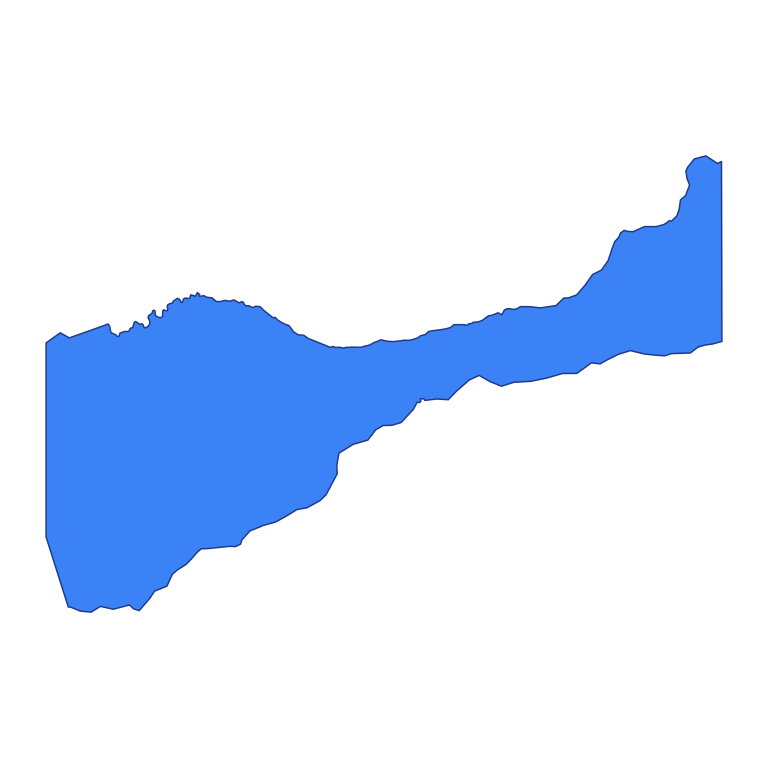 outline of Amador, California, United States of America
{"feature_id": "52423323B77111199665921", "entity_name": "Amador", "entity_type": "district", "adm_level": 2, "iso_a3": "USA", "parent_name": "United States of America", "parent_adm1": "California", "projection": "equal_earth", "projection_center": [-120.611, 38.464], "detail": "fine", "context": "isolated", "style": "filled", "palette": "blue", "viewbox_px": 768, "rotation_deg": 0, "n_neighbors": 0, "source": "geoboundaries", "source_scale": "gbopen_adm2", "svg_char_len": 3652}
<svg xmlns="http://www.w3.org/2000/svg" viewBox="0 0 768 768"><path d="M721.5,161.7L721.0,161.7L717.5,163.5L705.9,155.9L694.4,158.9L687.8,167.0L685.9,171.1L687.0,178.4L689.6,185.1L686.7,192.5L685.8,195.3L680.5,199.9L679.2,209.2L676.9,215.9L671.4,221.2L669.3,220.7L667.2,222.4L663.8,224.6L656.0,226.6L644.5,226.6L633.0,231.7L627.7,231.4L624.2,230.4L620.5,233.0L618.9,237.1L614.8,241.6L612.2,248.3L608.1,260.7L601.5,270.0L592.6,274.5L584.9,285.4L576.7,294.9L568.5,297.9L563.7,298.1L556.1,305.6L540.2,307.9L530.1,306.7L520.5,306.6L516.8,308.8L513.5,309.4L509.6,308.7L506.6,308.9L504.3,310.1L502.6,313.4L501.5,314.7L499.7,313.6L498.1,312.8L495.4,313.9L491.5,315.4L488.5,315.8L485.2,318.2L482.3,320.4L478.9,321.7L476.2,322.1L473.4,322.3L471.1,323.7L469.1,323.6L467.3,325.3L463.5,324.6L453.9,324.7L450.5,327.5L445.7,328.9L441.3,329.6L437.1,330.2L433.0,330.6L428.5,331.6L425.4,334.5L420.4,335.8L417.9,337.8L413.6,339.2L409.8,340.2L406.6,340.3L403.1,340.3L400.2,340.9L397.2,341.2L393.4,341.6L388.4,341.4L384.9,340.7L381.0,339.8L377.5,341.3L374.0,342.6L369.8,344.9L367.1,345.7L364.7,346.1L361.8,347.2L358.3,347.2L355.8,347.2L352.9,347.1L349.7,347.3L345.6,347.4L343.6,348.2L341.5,347.7L339.1,347.2L335.8,347.5L333.0,346.5L330.2,347.3L324.7,345.1L316.6,341.8L308.5,338.6L303.8,335.3L298.1,334.8L293.7,331.9L289.1,325.7L284.6,324.0L281.4,322.4L277.3,319.7L275.1,317.4L273.0,317.8L268.6,314.2L264.4,310.9L260.0,306.6L255.1,306.3L253.5,307.5L251.1,307.0L248.8,305.7L245.8,305.8L243.6,303.6L243.8,302.7L241.9,301.6L239.4,302.9L233.8,299.9L229.8,301.2L224.8,300.4L220.3,301.5L216.7,301.7L212.0,297.9L209.0,297.5L206.6,297.2L203.9,295.7L199.4,296.3L198.8,294.1L199.2,294.0L197.3,292.7L195.4,296.3L191.9,295.0L190.6,295.0L190.2,296.5L190.1,297.6L188.8,298.6L185.2,298.0L183.4,299.1L183.0,301.2L182.2,302.4L180.6,301.8L180.4,300.4L179.1,299.1L177.6,298.4L176.0,299.2L174.8,300.1L173.3,301.1L172.4,303.2L170.2,303.5L168.6,304.3L167.5,305.3L167.2,307.3L167.8,308.8L167.4,310.5L165.3,310.6L163.9,309.8L162.8,310.9L162.7,311.7L162.6,314.8L162.6,316.4L160.8,317.7L158.4,317.3L156.3,316.2L154.9,314.2L155.3,313.1L154.9,310.8L154.0,310.2L152.7,310.9L152.2,313.1L150.0,314.8L148.4,315.9L148.2,318.2L149.4,320.1L150.0,322.8L149.3,324.5L147.9,326.5L145.8,327.7L144.5,327.7L143.6,326.5L143.4,325.2L142.0,323.8L141.0,324.0L139.7,324.2L136.7,322.1L135.4,321.6L134.2,322.4L133.8,323.9L132.8,327.5L130.3,328.3L129.0,331.0L127.7,331.6L125.6,331.4L124.0,331.7L121.9,332.4L119.9,333.2L119.3,335.6L118.5,336.4L116.6,336.1L115.9,334.9L112.8,333.4L111.2,332.9L110.7,331.4L110.5,330.5L109.9,327.8L109.6,326.1L108.2,324.2L106.4,324.4L105.6,325.0L69.3,337.9L60.3,332.8L46.1,342.9L46.1,537.0L68.3,607.0L70.6,607.1L80.3,611.1L91.1,612.1L100.4,606.4L113.3,609.2L129.4,605.0L133.4,608.7L139.2,610.6L143.8,605.3L149.6,598.6L154.5,591.2L166.9,586.1L172.4,574.2L177.4,569.9L185.8,564.6L191.9,558.4L196.8,552.7L201.1,548.8L205.9,548.7L217.4,547.6L230.1,546.3L235.5,546.6L240.5,544.1L242.1,539.6L250.0,530.9L263.4,525.4L275.7,522.0L289.5,514.2L296.8,509.6L306.9,507.8L320.2,500.5L326.1,494.7L332.0,483.6L337.2,473.8L336.8,465.3L338.9,453.2L353.0,444.4L367.9,440.0L375.7,429.8L383.1,425.5L391.9,425.3L401.2,422.5L413.5,409.2L417.2,402.2L419.3,402.5L420.8,401.5L420.4,399.0L423.7,398.7L424.9,400.4L436.6,399.0L448.3,399.7L456.6,391.0L469.5,379.8L479.2,375.4L490.0,381.6L501.4,386.2L513.8,382.3L530.8,381.3L546.6,378.1L562.4,373.5L576.8,373.4L585.6,367.1L591.3,362.8L600.1,363.9L606.4,360.3L618.1,354.4L630.3,350.6L644.4,354.0L655.6,355.2L664.6,355.8L671.5,353.6L681.1,353.3L690.3,353.0L698.2,347.0L704.9,345.1L713.0,343.9L721.9,341.4L721.5,161.7Z" fill="#3b82f6" stroke="#1e3a8a" stroke-width="1.5"/></svg>